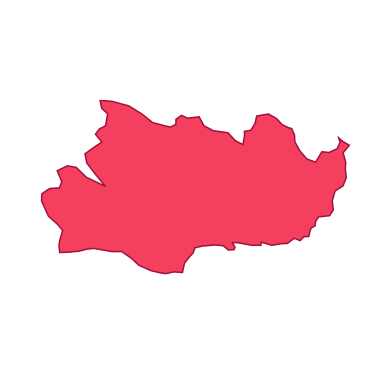 Axylou, Paphos, Cyprus (Equal Earth projection), rotated 114°
{"feature_id": "46923920B14417206276385", "entity_name": "Axylou", "entity_type": "district", "adm_level": 2, "iso_a3": "CYP", "parent_name": "Cyprus", "parent_adm1": "Paphos", "projection": "equal_earth", "projection_center": [32.554, 34.805], "detail": "fine", "context": "isolated", "style": "filled", "palette": "rose", "viewbox_px": 384, "rotation_deg": 114, "n_neighbors": 0, "source": "geoboundaries", "source_scale": "gbopen_adm2", "svg_char_len": 1627}
<svg xmlns="http://www.w3.org/2000/svg" viewBox="0 0 384 384"><g transform="rotate(114 192 192)"><path d="M93.5,126.7L94.0,129.9L93.8,137.0L90.6,144.4L89.6,153.9L96.3,163.8L103.8,162.3L111.7,163.4L115.3,168.8L119.0,167.0L127.9,164.7L127.5,173.3L123.2,183.2L127.3,197.3L126.7,207.9L120.4,216.1L125.1,223.9L126.3,225.9L126.3,232.8L132.0,236.2L136.9,234.3L141.6,238.4L143.5,249.4L144.6,256.4L141.2,269.1L139.0,284.9L140.1,291.4L141.7,302.0L144.5,309.8L145.9,313.1L152.4,308.3L154.8,300.9L166.8,297.9L171.9,302.2L178.5,303.7L183.0,294.7L190.3,299.2L200.6,305.3L208.3,299.9L214.8,288.0L222.1,273.3L221.5,294.5L216.6,307.9L218.8,316.5L227.4,323.8L235.5,315.2L242.1,314.8L246.8,323.6L254.7,328.4L261.4,325.8L272.5,313.3L276.4,301.2L279.8,294.5L290.0,293.2L295.2,291.7L300.4,288.6L301.1,288.2L296.8,279.6L292.0,271.1L286.9,264.7L283.5,258.8L279.0,240.9L275.0,232.0L277.4,219.7L280.6,210.7L280.6,197.5L278.5,186.9L277.2,182.7L272.4,176.1L269.4,168.0L260.2,169.9L253.8,168.4L247.3,166.2L241.7,166.6L237.2,160.5L233.4,153.7L230.8,149.0L229.6,145.1L228.4,141.6L230.2,135.2L227.6,130.2L225.0,130.2L221.9,134.5L219.9,130.3L217.6,121.0L216.5,116.0L214.1,110.9L212.8,107.4L209.7,108.3L209.2,104.8L208.2,97.4L202.7,89.0L200.1,83.8L197.0,82.2L192.7,79.7L192.4,73.3L187.4,71.7L185.2,67.2L179.8,68.3L176.3,68.5L172.9,65.8L168.4,67.1L163.2,66.1L157.7,56.7L150.8,55.6L143.3,60.2L132.9,61.7L125.0,56.5L116.1,56.9L108.2,61.5L102.4,63.6L94.7,69.9L85.3,67.3L84.5,74.7L82.9,80.0L86.3,77.0L93.4,77.0L100.1,82.8L102.4,89.7L114.5,91.2L115.1,100.5L110.7,110.0L104.2,118.5L98.3,121.5L93.5,126.7Z" fill="#f43f5e" stroke="#9f1239" stroke-width="1.5"/></g></svg>